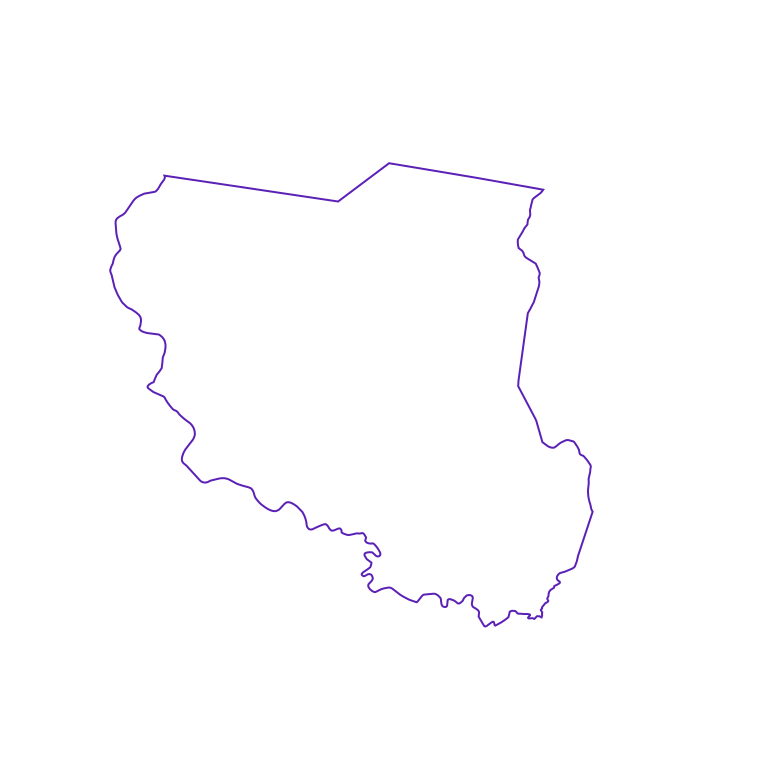 outline of San Marcos, Santa Bárbara, Honduras, rotated 248°
{"feature_id": "27666195B40809128774202", "entity_name": "San Marcos", "entity_type": "district", "adm_level": 2, "iso_a3": "HND", "parent_name": "Honduras", "parent_adm1": "Santa Bárbara", "projection": "natural_earth1", "projection_center": [-88.436, 15.258], "detail": "fine", "context": "isolated", "style": "outline", "palette": "violet", "viewbox_px": 768, "rotation_deg": 248, "n_neighbors": 0, "source": "geoboundaries", "source_scale": "gbopen_adm2", "svg_char_len": 6166}
<svg xmlns="http://www.w3.org/2000/svg" viewBox="0 0 768 768"><g transform="rotate(248 384 384)"><path d="M117.9,447.1L120.2,451.2L120.5,452.2L120.4,452.8L120.7,454.2L121.4,455.1L123.7,454.9L124.5,455.5L125.4,456.8L128.2,458.3L129.6,459.5L130.7,461.4L131.4,465.3L132.0,465.8L132.8,466.1L133.0,467.3L133.0,468.8L133.4,471.5L133.9,472.7L135.1,472.8L136.5,471.8L137.9,471.3L139.5,471.5L141.0,472.6L142.0,474.1L142.7,475.6L142.6,478.2L142.2,481.4L142.3,487.5L142.4,490.2L143.2,492.5L147.3,496.3L151.9,499.5L187.4,529.6L189.1,529.4L190.7,529.4L195.7,530.3L197.2,530.3L200.4,530.8L203.5,531.4L208.6,533.1L214.8,536.4L217.4,537.5L219.3,538.1L225.2,542.2L227.7,543.4L229.5,544.6L230.6,545.0L231.9,545.0L237.3,543.8L241.8,542.3L242.8,541.8L244.3,540.2L245.4,539.5L246.6,539.4L249.9,540.1L251.5,540.0L253.4,539.8L258.6,538.7L259.7,538.2L262.9,534.0L263.4,532.9L263.7,531.8L263.5,527.3L263.3,525.4L262.7,523.2L261.7,520.1L261.4,518.7L261.3,517.8L261.7,516.6L262.5,515.1L264.0,513.4L265.5,512.3L270.7,509.1L292.8,511.4L295.3,511.3L331.8,507.6L336.8,510.0L395.8,543.9L399.2,548.2L402.5,552.0L403.5,553.3L416.2,563.9L418.5,565.4L420.7,566.4L424.7,567.2L426.5,568.8L428.6,570.0L434.8,570.0L438.7,569.8L440.0,568.9L446.2,564.3L448.3,562.9L449.4,562.4L450.7,562.2L453.2,562.4L455.7,562.1L459.5,559.8L462.4,560.2L465.0,561.0L467.6,562.1L468.1,562.6L473.3,569.6L475.6,572.2L476.6,573.8L477.6,575.8L478.3,576.8L480.3,577.8L482.4,579.1L482.9,579.7L483.8,581.1L485.3,582.5L486.9,583.3L490.7,584.5L492.5,586.0L494.4,587.2L499.4,590.9L499.8,591.6L500.2,592.5L502.4,600.7L503.3,602.5L504.5,604.4L540.4,547.2L586.8,471.4L570.4,409.8L659.4,258.5L658.5,258.5L657.6,258.2L656.8,257.6L655.8,256.6L653.0,252.0L649.7,247.8L648.4,245.3L648.1,244.2L648.1,243.2L650.3,233.0L650.1,227.9L649.6,224.5L648.9,222.4L647.8,220.3L639.7,208.1L638.8,205.4L638.4,202.0L638.0,200.2L637.5,198.6L636.7,197.3L635.5,196.2L633.5,195.3L623.2,192.1L618.3,191.3L610.8,190.8L608.4,190.5L607.8,190.3L607.3,189.8L606.7,189.0L604.8,184.8L603.8,183.2L602.9,182.0L600.4,179.8L597.1,177.5L595.3,175.4L593.7,174.0L592.4,173.0L591.7,172.6L590.1,172.3L587.1,172.3L574.7,170.4L566.7,170.5L559.2,171.5L557.4,171.9L551.6,174.5L550.1,175.6L547.8,177.9L543.3,180.9L539.8,182.7L537.5,183.2L535.4,183.0L533.2,182.2L529.5,180.0L527.4,178.0L526.8,177.8L526.0,177.9L524.8,178.4L523.2,179.6L521.0,182.1L519.7,184.0L514.5,193.3L514.0,194.0L512.2,195.1L510.1,196.1L508.0,196.6L506.0,196.8L502.5,196.2L499.3,194.9L494.9,192.1L491.4,188.8L486.4,186.3L482.0,183.8L480.0,180.9L477.7,176.7L474.3,173.2L472.1,171.2L472.0,170.6L472.0,168.5L471.4,165.7L470.6,164.2L469.8,163.6L468.8,163.7L467.5,164.3L462.9,167.2L455.0,174.9L454.4,175.3L453.7,175.5L450.8,175.8L447.3,176.5L443.5,177.5L440.2,178.6L438.7,179.4L437.4,180.8L436.4,181.6L434.9,182.2L432.1,183.0L429.9,184.0L425.5,186.3L420.1,189.6L417.6,190.5L414.7,191.0L412.5,190.9L410.2,190.5L408.0,189.7L406.7,188.8L405.4,187.6L404.0,186.0L397.8,175.4L396.7,174.0L394.9,171.9L392.0,169.5L389.8,168.3L387.8,167.9L385.9,168.3L382.2,170.3L363.4,177.3L362.1,178.0L360.9,179.1L359.9,180.5L359.3,182.3L359.1,184.0L359.4,186.9L358.2,195.1L357.6,197.9L356.4,200.8L355.0,202.9L353.6,204.5L346.4,210.4L342.7,214.8L339.0,219.7L337.4,221.3L336.7,221.8L335.8,222.1L333.7,222.5L331.7,222.5L328.7,222.1L326.6,222.2L324.9,222.6L321.0,223.9L318.3,225.1L314.5,227.4L311.3,229.7L309.4,231.5L308.1,233.1L307.4,234.3L306.8,235.6L306.6,237.0L306.7,238.7L306.9,239.9L310.0,246.5L310.7,248.8L310.6,250.0L310.2,251.1L309.2,252.7L308.1,253.8L306.2,255.4L303.2,257.4L295.9,260.4L292.0,260.8L288.5,260.7L285.2,260.3L282.4,259.5L280.6,259.2L278.6,259.6L277.8,260.0L277.1,260.6L276.5,261.6L276.1,263.2L276.4,267.4L276.5,273.2L276.4,275.7L276.0,277.2L275.4,277.8L274.1,278.5L272.9,278.8L270.5,279.1L268.9,279.7L268.1,280.1L267.5,280.9L267.1,282.1L267.0,283.7L267.1,287.1L266.9,288.2L266.6,289.0L265.8,289.5L264.3,289.7L263.5,289.6L262.5,289.1L262.0,289.2L260.5,290.4L258.3,292.8L257.4,294.3L256.9,295.7L255.7,302.9L254.4,305.5L254.0,307.8L253.7,308.3L253.1,308.9L251.3,309.5L248.4,309.9L245.8,307.9L244.9,307.9L243.4,308.6L242.3,309.7L241.0,311.8L240.5,313.7L240.0,314.4L239.2,314.9L236.9,315.8L233.5,316.7L229.9,317.2L228.2,317.1L227.2,316.7L226.5,316.0L226.2,315.1L226.3,314.0L226.8,313.0L227.5,312.3L232.0,310.2L232.6,309.5L233.6,307.2L234.2,304.8L234.1,302.9L233.9,302.5L233.4,302.1L232.1,301.7L228.1,302.4L223.2,305.4L222.9,305.4L222.3,305.1L220.5,303.8L219.2,302.5L218.5,300.0L217.2,294.0L216.5,292.5L216.1,292.1L215.6,291.9L214.4,292.3L213.4,293.1L213.2,294.5L213.6,297.6L213.4,298.7L213.1,299.6L212.4,300.3L211.9,300.7L211.1,301.0L208.9,301.0L208.0,300.8L207.3,300.4L206.6,299.5L205.8,298.3L204.3,294.9L203.5,294.1L202.5,293.7L201.0,293.6L198.8,294.2L196.7,295.3L195.2,296.6L194.5,297.5L194.3,298.2L194.8,304.7L194.5,307.5L193.7,311.5L193.3,312.6L192.8,313.5L192.1,314.3L190.9,315.2L182.5,320.1L178.8,322.9L174.3,326.8L169.5,332.4L169.4,332.8L169.8,333.8L173.2,339.7L173.8,341.6L173.7,342.3L171.0,351.4L170.4,352.6L169.5,353.6L168.0,354.7L166.3,355.5L164.7,356.1L163.6,356.2L158.7,354.9L157.5,354.8L156.4,355.0L155.7,355.3L155.0,356.0L154.4,356.9L154.1,358.2L154.7,359.4L159.8,362.1L160.0,362.5L160.2,363.1L160.1,363.8L159.9,364.5L157.6,367.3L155.9,368.6L153.1,370.1L152.7,370.6L152.3,371.5L152.7,373.6L153.6,375.9L155.4,377.8L156.2,379.6L156.8,381.0L156.9,381.9L156.7,383.1L156.3,384.2L155.7,385.2L154.3,386.3L153.5,386.4L152.9,386.3L152.0,386.0L147.5,383.2L146.5,382.9L145.0,382.8L143.8,383.1L141.9,384.6L140.4,385.6L139.0,386.4L137.9,386.7L136.6,386.6L132.8,384.6L122.3,386.2L121.7,386.5L121.3,387.0L121.2,387.7L121.2,388.6L122.7,394.4L122.8,395.9L122.5,396.4L122.0,396.7L119.1,396.3L118.6,396.4L118.3,396.7L119.0,403.1L119.8,407.1L121.1,411.9L123.8,414.0L125.8,415.3L125.8,417.6L124.9,419.7L124.2,420.7L123.2,421.3L121.5,421.7L120.8,422.4L119.6,425.1L118.4,427.3L117.1,430.6L116.4,431.9L115.8,432.7L115.3,432.9L114.8,432.7L114.1,431.0L113.5,430.2L112.9,430.0L112.4,430.4L111.2,434.1L109.9,435.3L110.1,436.1L111.3,438.5L111.3,439.1L110.3,441.3L109.5,441.8L108.6,442.7L110.3,444.0L111.7,444.4L113.0,445.2L115.4,444.7L115.8,444.8L116.6,446.4L117.2,446.5L117.9,447.1Z" fill="none" stroke="#5b21b6" stroke-width="2"/></g></svg>